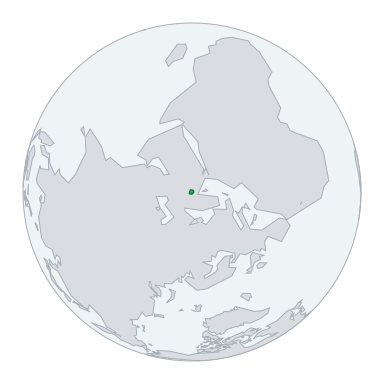 globe centered on Ar Raqqah, rotated 183°
{"feature_id": "SYR-136", "entity_name": "Ar Raqqah", "entity_type": "Province", "adm_level": 1, "iso_a3": "SYR", "parent_name": "Syria", "parent_adm1": "", "projection": "orthographic", "projection_center": [38.68, 35.997], "detail": "fine", "context": "on_globe", "style": "filled", "palette": "green", "viewbox_px": 384, "rotation_deg": 183, "n_neighbors": 0, "source": "natural_earth", "source_scale": "10m", "svg_char_len": 10780}
<svg xmlns="http://www.w3.org/2000/svg" viewBox="0 0 384 384"><g transform="rotate(183 192 192)"><circle cx="192" cy="192" r="169" fill="#eef3f6" stroke="#a8b0b8"/><path d="M171.4,24.3L180.8,23.9L200.3,24.5L207.6,24.6L205.1,25.0L219.8,25.6L231.2,27.8L217.6,25.5L215.6,25.6L223.0,26.9L222.6,27.3L225.9,28.4L224.7,28.9L216.9,28.0L216.0,28.4L221.2,29.4L223.4,30.9L215.8,29.3L218.8,31.9L206.2,31.9L186.9,28.8L179.1,30.9L157.1,33.6L158.4,34.4L150.8,36.6L149.4,38.5L145.7,38.9L147.8,40.2L151.4,39.5L153.5,39.9L153.1,41.1L148.3,41.7L147.8,41.2L146.2,42.0L144.0,41.8L144.8,42.6L139.0,43.3L143.9,44.4L138.7,46.7L135.1,46.7L136.6,44.2L131.8,39.7L128.6,39.7L122.7,41.9L109.2,50.6L105.2,52.0L99.1,55.7L100.7,55.8L106.1,53.1L107.7,54.6L114.2,51.6L115.7,51.9L121.9,50.2L119.8,53.2L114.4,57.3L109.1,59.1L106.6,61.1L110.6,61.9L99.9,68.2L91.3,77.8L88.6,79.4L85.2,77.3L87.6,70.4L83.2,69.3L84.8,73.1L78.2,77.6L76.6,79.9L76.2,81.6L78.3,81.2L75.7,83.6L73.2,80.4L75.4,78.1L76.2,79.0L77.3,76.0L75.6,74.6L72.4,77.4L73.1,73.6L70.8,75.8L69.7,76.4L73.3,73.1L66.8,79.1L66.9,78.5L75.3,69.8L84.2,61.9L93.8,54.5L103.8,47.9L114.3,42.0L125.1,36.8L136.3,32.5L147.8,28.9L159.5,26.2L171.4,24.3ZM24.2,172.3L23.5,182.0L23.2,190.2L23.1,192.5L23.2,197.2L23.3,199.7L26.5,218.4L30.4,232.4L31.7,240.7L31.4,244.1L33.0,249.2L29.1,236.8L26.1,224.1L24.1,211.3L23.2,198.3L23.2,185.3L24.2,172.3ZM177.7,23.6L178.0,23.6L175.5,23.9L175.1,23.9L177.7,23.6ZM213.0,24.8L209.0,24.3L213.0,24.7L213.0,24.8ZM226.5,28.4L227.8,28.5L229.0,29.1L226.5,28.4ZM122.7,48.7L122.3,49.4L121.3,49.3L122.7,48.7ZM125.7,47.3L124.9,46.7L126.2,46.0L126.7,46.4L125.7,47.3ZM228.3,30.5L229.8,31.5L226.9,30.3L228.3,30.5ZM126.4,48.3L128.7,44.8L131.0,43.7L134.8,44.2L126.4,48.3ZM229.8,32.1L233.5,35.1L236.7,35.3L229.9,36.6L229.0,33.4L224.9,31.6L228.4,32.4L229.8,32.1ZM152.8,38.8L148.9,39.5L152.6,37.9L152.8,38.8ZM154.6,37.7L163.0,32.7L168.5,32.5L164.6,34.0L172.0,33.2L170.6,35.5L166.2,36.5L162.9,36.1L164.9,37.3L154.6,37.7ZM225.6,37.0L225.3,37.8L224.1,36.8L225.6,37.0ZM154.7,40.0L155.9,38.9L160.7,38.6L159.2,40.8L158.1,40.1L154.7,40.0ZM174.7,32.0L178.0,32.3L177.8,34.2L179.1,34.6L171.1,35.5L174.7,32.0ZM156.8,40.8L158.3,41.9L155.6,43.2L153.8,41.1L156.8,40.8ZM162.6,37.6L164.8,37.6L163.1,38.3L162.6,37.6ZM146.8,49.0L148.1,47.4L150.7,47.1L146.8,49.0ZM159.1,42.3L160.0,41.8L161.2,41.6L161.6,42.6L159.1,42.3ZM171.5,36.9L170.7,37.7L174.7,36.6L174.7,38.2L169.4,38.6L171.7,39.1L171.7,39.6L167.3,39.4L171.5,36.9ZM165.7,43.0L158.9,44.4L155.8,47.3L153.4,47.7L158.7,43.0L165.7,43.0ZM167.0,40.9L165.6,42.2L163.3,41.8L162.8,40.6L167.0,40.9ZM176.7,39.2L178.0,36.7L179.2,36.7L176.7,39.2ZM165.2,43.9L166.9,43.5L165.3,44.1L165.2,43.9ZM173.7,40.7L174.0,39.7L175.3,39.8L173.7,40.7ZM169.9,43.8L167.7,44.2L167.3,43.3L169.9,43.8ZM172.0,42.4L173.6,42.7L168.5,42.8L171.9,42.0L172.0,42.4ZM174.8,40.9L175.7,40.6L174.5,41.3L174.8,40.9ZM172.6,47.0L166.2,47.3L165.4,45.3L171.7,45.2L172.6,47.0ZM62.8,238.5L56.0,210.5L60.7,203.9L62.6,193.0L95.7,169.5L101.7,174.7L126.5,178.0L129.4,180.3L125.3,188.6L143.1,203.9L150.2,197.6L167.4,205.9L179.6,206.5L186.0,190.0L166.0,188.6L163.7,180.0L180.7,174.0L198.3,175.6L198.0,172.4L187.8,164.8L192.9,159.0L184.4,161.7L187.1,165.2L181.9,167.2L179.1,164.2L181.0,162.1L176.0,160.3L168.2,171.3L170.2,176.0L156.3,176.5L158.2,184.6L154.1,187.6L149.4,175.2L150.7,171.1L141.2,156.6L138.6,160.9L147.4,175.0L144.2,173.5L140.9,180.1L140.9,173.9L132.0,158.0L120.2,157.6L103.4,170.6L96.9,169.5L92.2,163.6L100.1,147.2L113.8,151.7L116.8,146.6L115.5,137.1L119.8,139.4L121.0,136.3L126.3,137.7L135.3,132.2L140.9,132.9L145.9,123.8L149.5,123.2L145.5,128.6L145.8,133.0L160.0,135.4L163.1,133.9L165.2,127.9L168.9,129.6L169.1,123.7L178.0,122.5L167.3,119.1L169.5,112.8L175.7,108.7L174.5,106.2L164.5,113.0L162.2,116.3L163.3,120.1L155.5,129.6L150.3,130.4L151.3,118.7L144.0,118.7L148.0,110.2L172.5,96.0L182.1,94.1L194.7,103.8L191.6,107.5L185.6,105.7L189.8,113.0L190.1,109.7L193.2,111.3L196.0,106.2L198.3,107.2L197.1,100.9L200.2,101.5L200.9,105.5L207.8,99.1L214.7,99.3L215.1,97.4L213.7,95.4L223.4,97.3L223.3,95.9L220.1,94.7L217.8,91.2L217.6,86.0L220.9,86.9L221.5,88.9L227.7,94.8L228.6,100.4L229.9,100.3L229.9,95.7L222.4,88.5L221.3,85.1L225.4,88.0L223.8,86.7L224.3,85.3L228.0,85.0L223.7,81.7L224.8,67.2L232.0,65.5L235.5,69.4L239.8,61.7L247.5,61.4L244.6,60.2L244.6,56.3L242.2,56.2L240.8,55.4L239.8,46.4L242.2,45.4L238.4,41.0L236.9,40.5L234.9,40.9L229.9,36.6L236.7,35.3L239.8,36.5L241.9,35.3L248.7,38.4L255.3,40.6L261.6,45.3L266.3,47.0L266.6,46.4L273.2,48.7L285.8,56.3L274.3,52.8L255.2,43.9L262.9,47.5L260.8,47.6L263.3,49.6L268.8,52.3L269.6,52.0L276.5,62.8L288.9,74.0L289.0,69.8L292.9,70.6L307.1,81.8L321.9,106.1L327.3,109.1L330.3,112.8L331.3,117.9L327.1,112.5L324.6,113.0L322.1,109.4L322.3,116.4L318.7,111.6L320.7,119.8L324.2,122.3L325.3,117.6L328.6,127.3L334.8,130.1L339.8,138.0L343.9,159.3L341.7,170.5L342.5,173.6L339.4,173.2L338.6,182.0L347.1,192.3L348.0,196.8L345.2,210.7L344.5,207.6L336.3,206.5L337.2,218.3L343.5,221.7L345.8,230.0L342.0,230.9L339.4,223.8L336.5,223.2L335.5,213.4L329.8,201.9L325.8,208.3L324.5,202.5L316.0,194.5L309.4,203.4L300.0,225.9L301.4,240.9L297.0,249.6L284.8,232.7L279.9,218.9L275.2,222.2L262.9,212.7L240.8,217.4L238.0,213.8L233.8,216.5L225.2,213.7L221.0,207.5L215.6,208.6L227.0,224.7L232.8,223.5L238.0,216.0L240.0,221.9L248.3,225.8L238.1,242.4L205.8,258.7L203.2,247.4L181.5,215.1L182.4,211.4L182.4,210.9L182.1,210.2L179.6,216.2L176.0,209.6L187.0,232.8L188.7,242.5L205.3,259.3L203.6,261.2L209.2,264.4L227.6,258.4L227.6,262.1L218.5,279.7L193.5,302.1L197.2,315.0L196.0,325.3L181.2,331.5L183.3,338.4L175.8,340.3L175.9,343.7L170.3,346.7L160.7,348.6L143.5,345.8L141.7,342.9L132.1,335.3L118.4,316.0L122.0,308.5L120.2,301.0L107.8,280.7L110.5,271.5L107.4,266.2L100.8,265.1L97.2,258.6L93.3,257.0L69.5,249.6L62.8,238.5ZM83.1,185.0L81.9,188.1L83.1,185.0ZM216.4,186.0L227.4,185.7L223.4,175.3L227.3,174.5L224.5,171.4L223.1,174.6L216.4,166.2L221.5,162.6L220.7,158.1L216.9,158.0L208.7,166.0L218.2,177.9L215.3,182.5L216.4,186.0ZM78.4,77.8L78.5,78.2L77.6,80.2L76.9,79.9L78.4,77.8ZM80.2,86.8L76.1,90.5L78.5,87.4L76.8,87.4L79.9,81.2L87.5,79.9L83.5,81.5L80.2,86.8ZM86.0,73.1L83.2,76.8L86.0,72.9L86.0,73.1ZM122.2,119.1L123.5,121.8L120.7,124.9L113.6,125.1L117.6,120.5L122.2,119.1ZM126.0,125.1L129.0,114.0L133.5,113.9L130.5,115.8L133.2,116.8L129.0,120.1L130.4,131.2L128.1,134.8L116.2,132.4L121.4,131.1L119.8,128.3L126.0,125.1ZM128.5,89.9L129.8,86.1L138.0,90.5L135.8,93.5L128.5,93.6L126.9,90.0L128.5,89.9ZM132.7,50.3L132.7,49.3L134.1,49.1L135.2,49.7L132.7,50.3ZM147.2,48.3L134.2,54.7L133.5,53.8L126.7,59.2L122.3,59.0L126.9,55.4L118.4,59.5L120.7,56.2L115.2,59.4L125.7,51.5L127.5,49.0L127.2,51.8L131.2,52.0L133.5,51.3L141.2,47.8L147.0,43.0L151.9,42.8L153.8,43.9L153.2,45.0L150.2,44.7L151.5,46.5L146.7,46.9L147.2,48.3ZM173.6,62.8L170.4,61.0L172.2,66.4L167.4,66.1L167.9,66.7L163.9,68.1L160.0,70.9L158.0,70.4L157.4,71.8L154.8,72.8L153.2,74.6L149.0,74.3L146.8,76.6L146.1,75.2L143.3,79.2L143.5,76.2L140.2,77.5L141.8,79.8L123.2,75.9L115.3,77.3L108.6,80.3L109.8,75.2L116.9,69.3L126.6,64.2L134.0,63.9L133.2,61.8L136.6,61.2L135.8,63.0L139.0,59.8L141.5,59.8L150.1,56.5L153.1,52.3L156.3,51.1L156.4,52.8L159.5,50.6L161.9,53.1L164.2,52.4L168.9,54.5L167.7,58.5L170.4,57.4L174.0,59.2L173.6,62.8ZM173.8,47.6L173.5,52.0L170.7,54.1L163.8,49.7L161.3,50.0L156.8,47.7L160.9,44.7L161.8,45.6L163.7,45.8L161.7,46.6L164.7,46.2L166.0,47.5L168.7,47.5L167.9,48.8L173.8,47.6ZM133.5,177.7L135.9,178.7L139.8,179.1L137.8,183.5L133.5,177.7ZM127.2,167.0L129.5,167.0L128.5,173.0L126.0,172.2L127.2,167.0ZM131.6,162.1L129.7,166.5L129.2,163.6L131.6,162.1ZM147.7,128.4L150.2,128.2L150.2,129.6L148.4,131.5L147.7,128.4ZM177.8,80.0L176.4,78.3L177.4,77.7L177.6,73.2L181.2,73.3L182.5,76.0L177.8,80.0ZM182.2,192.8L178.2,195.8L176.5,194.1L178.2,193.4L182.2,192.8ZM156.5,190.1L162.0,193.0L155.9,191.3L156.5,190.1ZM181.8,79.3L181.4,77.4L183.4,78.6L181.8,79.3ZM183.8,73.2L186.3,74.2L181.7,72.8L183.8,73.2ZM248.1,351.4L246.7,351.9L248.3,351.3L249.1,351.0L248.1,351.4ZM225.3,321.7L214.4,338.7L206.3,339.4L204.5,335.1L208.3,325.0L217.6,321.4L222.2,316.0L225.3,321.7ZM356.2,231.2L356.8,229.1L356.7,229.8L356.2,231.2ZM355.7,231.8L356.7,229.0L355.3,233.8L355.7,231.8ZM358.0,223.5L357.0,227.9L358.0,223.5L358.3,221.7L358.0,223.5ZM354.9,234.0L348.9,244.8L346.1,247.3L347.1,244.0L351.7,237.8L354.9,234.0ZM346.9,244.3L342.0,244.1L332.4,233.3L335.9,230.7L345.3,233.5L344.8,236.0L347.8,237.4L346.9,244.3ZM357.1,216.4L356.5,223.1L353.6,228.6L352.1,230.4L351.0,224.5L351.6,219.6L353.0,217.4L356.3,195.2L357.9,195.4L357.4,203.8L358.5,206.5L357.1,216.4ZM302.2,242.0L306.4,248.8L303.7,251.6L302.2,242.0ZM356.1,182.2L355.8,191.7L355.5,180.6L356.1,182.2ZM354.9,172.9L355.8,175.6L354.6,174.2L354.9,172.9ZM343.9,177.8L342.5,180.9L341.7,178.8L343.0,173.7L343.9,177.8ZM343.6,144.8L346.4,151.0L347.2,153.6L345.1,150.9L343.6,144.8ZM211.8,79.8L207.5,85.7L206.7,90.5L210.0,94.0L203.5,91.9L204.7,84.4L211.8,79.8ZM222.9,68.5L219.9,65.9L222.4,65.6L223.4,66.2L222.9,68.5ZM220.3,67.9L214.5,67.4L213.6,65.1L218.3,65.9L220.3,67.9ZM198.1,72.7L196.5,74.4L195.0,73.3L198.1,72.7ZM360.5,204.2L360.6,203.5L360.5,204.2ZM359.1,206.1L359.4,208.7L360.2,202.7L359.5,208.9L359.6,212.7L359.2,215.8L359.3,211.6L358.4,219.4L358.0,220.8L358.2,215.8L358.9,206.9L359.4,202.3L360.6,194.6L359.1,206.1ZM360.9,195.0L360.9,191.8L360.8,188.1L360.9,189.3L360.9,194.7L360.9,195.0ZM359.9,184.4L358.7,182.1L358.5,186.5L358.2,174.4L359.5,178.6L359.9,184.4ZM357.7,175.6L357.5,179.7L357.2,173.2L357.7,175.6ZM357.0,178.6L356.2,175.3L356.7,174.0L357.0,178.6ZM357.9,174.6L356.6,168.2L357.6,170.7L357.9,174.6ZM353.8,168.3L356.4,170.1L354.4,172.8L350.7,161.7L351.2,159.2L353.8,168.3ZM333.8,111.8L331.6,109.4L331.1,106.7L332.7,109.1L333.8,111.8ZM327.4,97.0L330.2,105.3L332.1,112.5L333.2,112.4L336.7,118.6L333.2,115.9L329.3,107.2L328.5,102.7L325.1,98.1L322.4,92.9L317.9,88.4L315.7,85.3L319.5,88.1L327.4,97.0ZM316.0,86.8L307.1,78.4L307.7,76.1L309.8,77.3L313.6,82.1L313.1,83.0L316.0,86.8ZM305.2,75.8L304.6,76.8L290.4,69.0L287.5,66.9L298.6,70.9L298.7,72.2L302.0,74.7L305.2,75.8ZM227.1,38.0L225.5,37.8L226.7,37.4L227.1,38.0ZM239.4,55.5L237.7,54.3L239.2,53.7L239.4,55.5ZM233.7,50.8L233.2,52.2L232.3,50.3L233.7,50.8ZM232.5,55.7L232.4,52.6L234.5,56.2L232.5,55.7Z" fill="#d9dde1" stroke="#a8b0b8" stroke-width="1"/><path d="M193.2,190.0L193.3,190.0L193.8,189.9L193.9,190.1L194.0,190.3L194.5,190.4L194.6,190.5L194.5,191.3L194.3,192.4L194.3,192.6L193.4,194.2L192.0,193.8L191.3,193.8L191.1,193.8L191.0,193.7L190.9,193.7L190.5,193.2L190.4,193.1L190.4,192.9L190.5,192.7L190.6,192.4L190.8,192.2L190.7,192.0L190.7,191.9L190.5,191.7L190.6,191.4L190.8,191.2L191.0,191.2L191.4,191.1L191.6,191.0L191.7,190.9L191.8,190.9L191.9,190.7L192.0,190.4L192.0,190.1L191.9,190.1L191.7,190.1L191.8,190.0L191.9,189.9L192.0,189.9L192.3,190.0L192.7,189.9L192.8,189.9L193.2,190.0Z" fill="#22c55e" stroke="#15803d" stroke-width="1.5"/></g></svg>